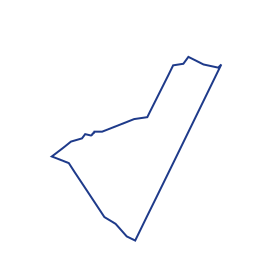 the district of Monongalia, West Virginia, United States of America, rotated 116°
{"feature_id": "52423323B42604268610019", "entity_name": "Monongalia", "entity_type": "district", "adm_level": 2, "iso_a3": "USA", "parent_name": "United States of America", "parent_adm1": "West Virginia", "projection": "equal_earth", "projection_center": [-80.046, 39.578], "detail": "fine", "context": "isolated", "style": "outline", "palette": "blue", "viewbox_px": 256, "rotation_deg": 116, "n_neighbors": 0, "source": "geoboundaries", "source_scale": "gbopen_adm2", "svg_char_len": 659}
<svg xmlns="http://www.w3.org/2000/svg" viewBox="0 0 256 256"><g transform="rotate(116 128 128)"><path d="M187.0,184.0L185.5,165.8L190.9,156.9L200.4,140.7L211.6,121.7L218.4,110.2L219.6,97.1L226.0,81.6L226.0,72.2L212.8,72.2L199.4,72.2L180.6,72.1L133.0,72.0L83.7,72.0L63.6,72.0L63.4,72.0L30.0,72.0L34.2,73.4L37.8,88.0L37.6,104.9L46.0,106.4L51.9,114.9L62.3,114.9L104.5,115.4L109.8,115.4L117.3,126.4L142.7,149.7L146.0,156.6L147.1,156.4L147.3,156.5L147.4,156.9L148.1,156.9L148.7,157.3L149.2,157.2L149.4,157.4L150.1,157.4L150.7,157.7L151.0,158.1L152.3,163.8L157.5,164.8L165.2,173.3L173.9,177.4L187.0,184.0Z" fill="none" stroke="#1e3a8a" stroke-width="2"/></g></svg>